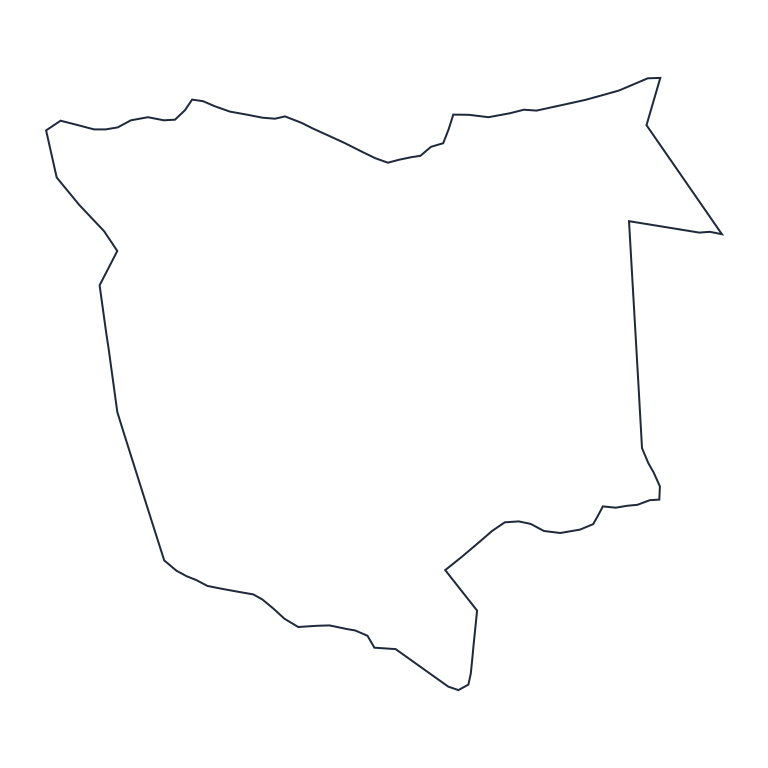 Chorozinho, Ceará, Brazil
{"feature_id": "56859067B36373941444701", "entity_name": "Chorozinho", "entity_type": "district", "adm_level": 2, "iso_a3": "BRA", "parent_name": "Brazil", "parent_adm1": "Ceará", "projection": "mercator", "projection_center": [-38.468, -4.314], "detail": "fine", "context": "isolated", "style": "outline", "palette": "slate", "viewbox_px": 768, "rotation_deg": 0, "n_neighbors": 0, "source": "geoboundaries", "source_scale": "gbopen_adm2", "svg_char_len": 1447}
<svg xmlns="http://www.w3.org/2000/svg" viewBox="0 0 768 768"><path d="M164.2,560.4L176.4,570.7L186.6,576.2L196.6,580.2L207.3,585.9L219.3,588.3L229.5,590.2L241.7,592.4L253.3,594.4L262.4,599.5L273.4,608.6L284.4,618.7L298.2,627.0L316.9,625.8L329.5,625.4L346.2,628.9L355.3,630.5L367.5,635.8L374.4,647.7L395.6,649.1L424.9,670.0L448.2,686.6L458.4,690.1L468.4,684.6L470.8,673.5L472.4,657.7L473.5,645.7L477.1,610.6L445.2,570.1L461.7,556.9L480.4,541.1L492.0,531.0L504.8,522.3L518.8,521.4L530.6,523.9L544.0,531.0L560.3,533.0L580.0,529.6L593.2,524.1L598.1,515.4L602.9,506.4L615.8,507.7L626.9,505.8L637.5,504.8L649.7,500.2L659.3,499.6L659.9,486.4L653.8,472.8L648.3,463.1L642.0,448.1L638.7,389.1L629.0,221.2L699.3,232.6L709.9,231.8L721.9,234.2L646.5,125.2L660.3,77.9L647.7,78.3L619.0,90.5L602.7,95.1L584.9,100.0L536.5,110.6L523.9,109.7L510.2,113.2L488.5,117.2L468.8,114.8L453.3,114.6L448.6,129.4L443.2,143.2L431.0,146.8L420.4,155.8L411.2,157.2L398.8,159.8L387.9,162.7L375.3,158.2L362.7,152.1L344.6,143.0L332.6,137.5L321.4,132.4L311.8,128.0L301.7,122.9L285.0,116.4L275.0,118.7L262.4,117.7L246.6,114.6L229.9,111.6L214.4,106.1L203.1,101.2L192.1,99.6L185.0,110.2L175.0,119.7L163.8,120.3L148.0,117.2L130.9,120.3L117.7,127.4L105.7,129.4L94.1,129.4L77.0,124.9L60.6,120.7L46.1,130.4L56.7,177.5L79.3,205.0L104.1,231.2L117.3,251.0L99.6,285.3L106.1,332.1L108.7,349.2L117.3,412.0L123.4,431.7L145.7,502.2L164.2,560.4Z" fill="none" stroke="#1e293b" stroke-width="2"/></svg>